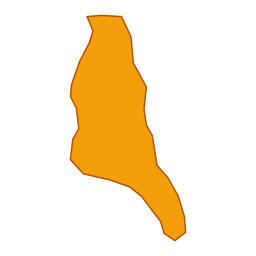 the district of Kiomourtzou, Cyprus
{"feature_id": "46923920B18186320704547", "entity_name": "Kiomourtzou", "entity_type": "district", "adm_level": 2, "iso_a3": "CYP", "parent_name": "Cyprus", "parent_adm1": "", "projection": "mercator", "projection_center": [33.258, 35.289], "detail": "fine", "context": "isolated", "style": "filled", "palette": "amber", "viewbox_px": 256, "rotation_deg": 0, "n_neighbors": 0, "source": "geoboundaries", "source_scale": "gbopen_adm2", "svg_char_len": 482}
<svg xmlns="http://www.w3.org/2000/svg" viewBox="0 0 256 256"><path d="M174.9,240.6L185.6,232.3L184.4,216.8L178.4,196.5L167.8,177.5L157.1,165.5L152.3,135.7L146.4,125.0L144.0,109.5L146.4,86.9L133.3,63.0L131.0,36.8L121.5,16.6L101.3,15.4L87.1,16.6L93.0,30.9L89.4,42.8L79.9,60.7L71.6,84.5L70.4,96.4L76.4,108.3L78.8,128.6L72.8,139.3L70.4,159.6L83.5,173.9L109.6,179.9L129.8,187.0L141.6,196.5L160.6,221.6L164.2,233.5L174.9,240.6Z" fill="#f59e0b" stroke="#b45309" stroke-width="1.5"/></svg>